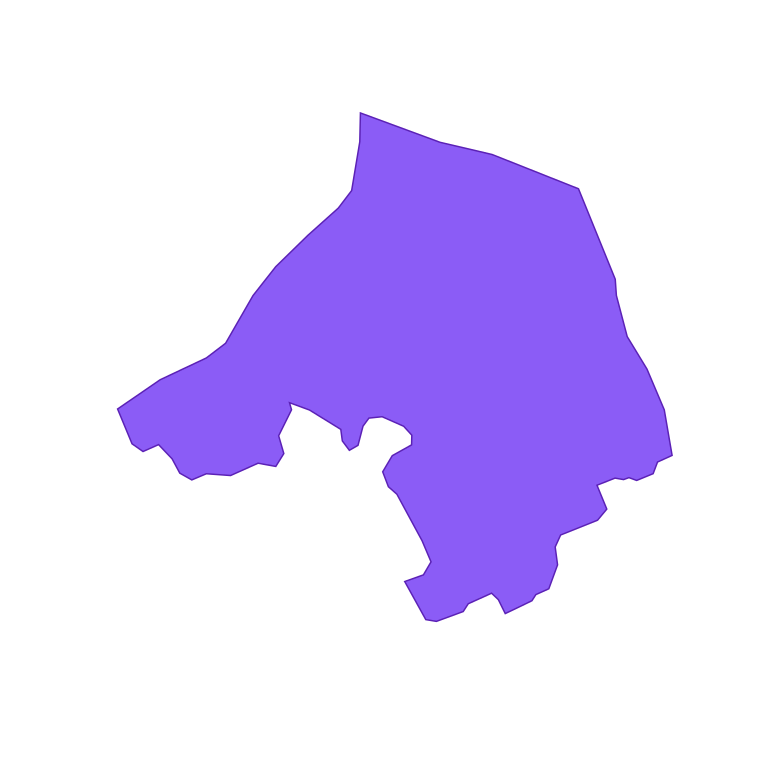 Dungass, Zinder, Niger, rotated 247°
{"feature_id": "23599985B10149369238340", "entity_name": "Dungass", "entity_type": "district", "adm_level": 2, "iso_a3": "NER", "parent_name": "Niger", "parent_adm1": "Zinder", "projection": "mercator", "projection_center": [9.383, 13.215], "detail": "fine", "context": "isolated", "style": "filled", "palette": "violet", "viewbox_px": 768, "rotation_deg": 247, "n_neighbors": 0, "source": "geoboundaries", "source_scale": "gbopen_adm2", "svg_char_len": 1095}
<svg xmlns="http://www.w3.org/2000/svg" viewBox="0 0 768 768"><g transform="rotate(247 384 384)"><path d="M205.7,621.3L250.7,631.9L295.0,631.9L332.6,626.4L374.7,632.5L390.1,637.8L487.7,639.3L553.0,573.2L584.6,530.0L642.7,468.2L616.5,456.4L574.7,429.8L563.8,410.7L550.6,372.0L534.3,330.2L516.6,298.0L483.4,254.1L477.4,230.6L475.4,179.7L465.1,129.0L427.4,128.7L416.0,135.8L416.3,152.8L397.9,159.7L381.7,161.2L370.8,169.6L370.8,185.4L359.7,207.0L360.3,237.1L350.4,252.2L359.1,264.6L377.5,266.8L396.4,288.8L403.7,289.7L389.2,305.2L359.1,326.5L347.9,323.4L336.5,326.2L337.7,336.1L353.4,348.2L358.5,356.8L354.6,369.5L337.4,385.6L326.0,389.6L317.2,385.6L314.8,363.6L303.7,348.5L287.7,347.9L277.5,352.8L224.8,357.8L201.9,357.8L192.9,345.7L194.1,325.9L150.8,330.4L145.0,339.5L143.6,368.0L148.8,375.7L149.4,401.3L140.8,405.0L125.3,405.9L125.8,417.5L126.7,435.5L130.8,441.5L131.1,455.7L149.7,473.1L167.1,477.9L176.0,487.6L175.2,527.4L181.8,540.2L207.6,540.5L207.1,559.9L202.4,567.2L202.1,572.9L196.5,578.9L196.3,596.7L205.3,605.3L205.7,621.3Z" fill="#8b5cf6" stroke="#5b21b6" stroke-width="1.5"/></g></svg>